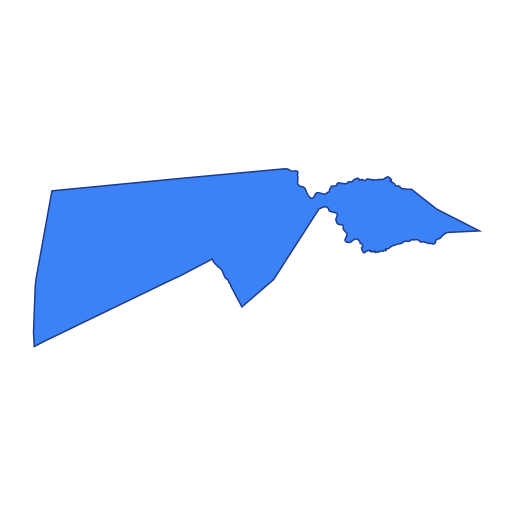 Santa Maria del Real, Olancho, Honduras, rotated 269°
{"feature_id": "27666195B43578423594427", "entity_name": "Santa Maria del Real", "entity_type": "district", "adm_level": 2, "iso_a3": "HND", "parent_name": "Honduras", "parent_adm1": "Olancho", "projection": "natural_earth1", "projection_center": [-85.945, 14.782], "detail": "fine", "context": "isolated", "style": "filled", "palette": "blue", "viewbox_px": 512, "rotation_deg": 269, "n_neighbors": 0, "source": "geoboundaries", "source_scale": "gbopen_adm2", "svg_char_len": 6069}
<svg xmlns="http://www.w3.org/2000/svg" viewBox="0 0 512 512"><g transform="rotate(269 256 256)"><path d="M266.8,360.4L266.7,361.2L266.0,362.2L265.3,362.6L264.9,362.8L264.5,362.8L263.7,362.7L263.0,362.3L262.5,361.7L262.3,361.7L262.0,361.7L260.6,362.0L259.6,362.3L258.2,363.1L257.7,363.5L257.4,363.8L257.3,364.3L257.3,364.5L258.1,365.6L258.8,366.5L259.1,367.0L259.4,367.7L259.5,368.0L259.6,368.6L259.5,369.2L259.4,369.4L259.6,369.7L259.6,370.0L259.6,370.3L259.4,370.5L258.9,370.5L258.4,370.4L258.2,370.6L258.3,371.1L258.6,371.5L258.6,371.9L258.6,372.1L258.4,372.3L258.1,372.5L258.0,372.9L258.1,373.2L258.6,373.8L258.8,374.6L258.8,374.9L258.8,375.1L258.7,375.2L258.5,375.3L257.9,375.3L257.5,375.3L257.4,375.4L257.4,375.5L257.4,375.8L257.6,376.2L257.8,376.8L258.2,377.3L258.2,377.5L258.0,378.2L257.8,378.6L257.8,378.8L258.2,379.7L258.5,380.0L258.8,380.3L258.9,380.5L258.8,381.1L258.6,382.3L258.6,382.9L258.6,383.2L258.7,383.5L258.9,383.7L259.2,383.9L259.3,384.2L259.3,385.1L259.3,386.1L260.7,385.8L260.8,385.8L260.9,387.7L261.0,388.0L261.1,388.4L261.8,389.5L262.7,390.5L262.8,390.7L262.8,391.0L263.1,391.5L263.6,392.3L263.9,392.7L264.0,392.9L264.2,394.1L265.5,397.9L265.9,401.2L266.1,401.6L267.2,403.2L267.7,404.3L268.2,405.3L268.3,405.7L268.4,406.0L268.3,406.4L268.0,407.9L267.9,408.6L268.2,409.4L268.5,410.3L268.8,410.6L269.3,411.1L269.4,411.3L269.4,411.6L269.5,412.3L269.4,413.5L269.5,416.5L269.5,417.6L269.4,418.1L269.2,418.6L268.6,419.2L267.6,420.1L267.4,420.5L267.2,420.9L267.1,421.6L267.2,424.0L266.9,424.8L266.7,425.8L265.8,428.0L265.6,428.6L265.6,429.0L265.5,430.9L265.2,432.2L264.9,433.4L264.9,433.9L265.1,434.4L265.3,434.8L265.5,435.1L265.9,435.4L266.4,435.6L268.4,436.1L268.7,436.3L269.0,436.6L269.2,436.9L269.5,437.6L269.8,438.3L270.2,439.7L270.7,440.7L271.0,441.1L271.8,441.6L272.5,442.2L273.0,442.7L273.6,443.3L275.2,445.6L276.2,447.8L277.2,479.8L299.7,437.5L310.7,424.0L320.0,412.7L320.1,412.0L319.9,410.7L320.0,409.7L320.2,408.0L320.3,406.8L320.6,405.8L320.8,403.4L321.0,402.8L321.4,402.2L322.0,401.6L322.9,401.0L323.2,400.7L323.3,400.3L323.5,399.9L323.5,399.5L323.5,398.5L323.5,397.3L323.5,397.1L324.2,396.6L325.3,395.9L325.9,395.5L326.3,395.0L326.7,394.5L327.5,393.3L328.0,392.1L328.4,391.5L328.6,391.4L328.7,391.5L328.8,391.8L329.0,392.3L329.2,392.6L329.6,392.7L330.0,392.6L330.8,392.0L331.8,391.0L332.6,390.0L332.8,389.7L332.8,389.4L332.8,388.8L332.4,387.8L331.3,385.9L330.4,384.6L330.1,383.9L330.1,383.5L330.4,382.9L330.5,382.2L330.5,381.7L330.2,380.7L330.2,380.0L330.4,379.4L330.3,379.1L329.9,378.6L329.8,378.3L329.8,378.2L330.0,378.0L330.0,377.8L330.0,377.5L329.9,376.9L329.9,376.5L330.0,376.1L330.2,375.7L330.3,375.3L330.2,374.8L329.9,374.4L329.9,374.0L330.0,373.9L330.3,373.4L330.6,372.9L330.6,372.6L330.3,371.9L331.0,370.0L331.1,369.3L331.1,368.7L330.9,368.2L329.8,366.8L329.6,366.4L329.5,366.1L329.5,365.8L329.6,365.5L330.5,363.8L330.7,363.2L330.7,362.9L330.6,362.6L330.4,362.1L330.0,361.4L329.9,361.0L330.0,360.8L330.1,360.7L331.2,360.3L331.6,360.0L331.8,359.8L331.9,359.6L331.9,358.9L331.8,358.2L331.5,357.3L331.1,356.3L330.7,355.5L330.1,354.7L329.0,353.9L328.7,353.6L328.6,353.4L328.5,353.1L328.5,352.6L328.5,352.2L328.6,351.6L328.7,351.1L328.7,350.4L328.6,350.1L328.5,349.8L328.1,349.2L327.8,348.8L327.3,348.4L327.1,348.1L326.9,347.6L326.7,347.1L326.6,346.7L326.6,346.2L326.7,345.9L326.9,345.2L327.0,344.3L327.1,343.6L327.0,342.9L327.0,342.6L327.1,342.3L327.4,341.6L327.6,340.8L327.7,340.0L327.7,339.3L327.4,338.7L327.0,338.4L326.5,338.2L326.0,338.2L325.7,338.2L325.3,338.0L325.1,337.8L324.9,337.3L324.8,336.3L324.5,335.5L324.5,334.6L324.7,333.7L324.7,333.4L324.6,333.0L324.3,332.6L324.1,332.4L323.8,332.2L323.5,332.1L323.1,332.1L322.8,331.9L322.0,331.2L321.2,330.7L320.9,330.7L320.3,330.6L319.8,330.5L319.3,330.4L319.0,330.2L318.7,329.9L318.4,328.9L318.2,328.2L317.5,327.6L317.1,327.1L316.9,326.8L316.6,326.2L316.6,325.9L316.6,325.5L317.3,322.8L317.8,321.3L318.2,319.8L318.3,318.9L318.1,318.1L317.8,317.3L317.5,316.8L317.2,316.6L316.8,316.3L315.8,315.9L314.4,315.1L313.4,314.4L313.1,314.0L312.9,313.6L312.8,313.2L312.8,312.7L312.8,312.0L313.1,311.6L313.9,310.7L315.5,309.3L316.8,308.6L318.3,307.9L320.8,307.0L321.7,306.7L322.6,306.2L323.2,305.7L323.9,304.9L324.4,304.0L324.6,303.3L324.6,302.2L324.8,301.8L325.4,300.9L326.2,299.8L326.6,299.4L327.1,299.1L327.7,298.9L328.5,298.8L331.4,299.1L333.3,299.3L334.5,299.2L335.7,298.9L336.4,298.9L337.8,299.0L338.4,299.3L338.7,299.4L339.2,299.4L339.5,299.2L339.9,298.8L340.1,298.3L340.4,297.7L340.5,297.1L340.5,296.9L340.3,295.8L340.2,294.4L340.2,293.8L340.2,293.3L340.6,292.5L341.3,291.1L342.3,289.5L342.5,289.0L342.6,288.6L342.6,287.3L342.7,286.0L334.8,180.5L324.7,53.1L238.1,35.9L230.5,34.8L183.8,32.2L169.3,32.7L174.4,42.8L230.5,164.2L237.8,180.5L253.8,212.3L252.6,212.7L251.3,213.2L249.0,215.0L246.0,217.9L243.4,220.9L241.6,222.0L237.8,223.5L234.3,225.1L233.8,225.8L233.3,226.7L232.6,227.5L231.6,228.1L230.4,228.5L229.4,228.8L229.1,229.2L228.7,229.6L228.2,229.9L227.6,230.1L226.6,230.2L205.4,241.0L230.3,271.0L232.1,273.2L302.4,320.1L302.4,320.6L302.6,321.5L303.2,322.7L303.6,323.9L303.9,325.1L304.0,325.9L303.9,326.7L303.7,327.4L303.2,328.3L302.8,328.7L302.4,329.1L301.9,329.3L300.3,329.8L299.7,330.1L299.3,331.1L298.4,333.8L298.0,335.6L297.8,336.4L297.3,337.3L297.1,337.6L296.8,337.8L296.5,338.0L296.1,338.0L295.0,337.8L294.1,337.5L291.3,336.5L290.9,336.4L289.0,337.0L287.7,337.5L287.3,337.7L286.9,338.0L286.6,338.4L286.4,338.9L286.1,339.8L285.8,341.6L285.6,342.4L285.4,343.1L285.1,343.5L284.7,343.6L284.0,343.7L283.4,343.7L282.7,343.6L282.3,343.6L281.6,343.8L281.1,343.9L280.4,344.4L277.4,346.9L277.1,347.1L276.6,347.3L276.3,347.4L275.9,347.4L274.8,347.1L273.1,346.4L271.6,345.6L270.9,345.3L270.3,345.3L269.8,345.4L269.3,345.6L268.9,345.9L268.6,346.3L268.4,346.6L268.2,347.1L268.0,347.8L267.9,348.9L267.9,349.5L268.0,350.0L268.3,350.9L268.7,351.6L269.2,352.2L270.0,353.1L270.6,354.2L271.0,355.0L271.1,355.6L271.2,356.3L271.2,356.9L271.1,357.5L270.8,358.0L270.3,358.6L269.8,359.1L268.8,359.8L267.8,360.3L267.2,360.5L266.8,360.4Z" fill="#3b82f6" stroke="#1e3a8a" stroke-width="1.5"/></g></svg>